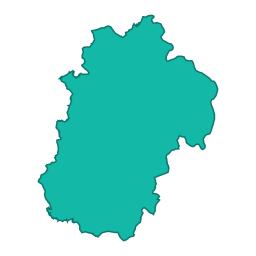 the district of Huautla, Hidalgo, Mexico
{"feature_id": "50627088B43325373154771", "entity_name": "Huautla", "entity_type": "district", "adm_level": 2, "iso_a3": "MEX", "parent_name": "Mexico", "parent_adm1": "Hidalgo", "projection": "orthographic", "projection_center": [-98.258, 21.039], "detail": "fine", "context": "isolated", "style": "filled", "palette": "teal", "viewbox_px": 256, "rotation_deg": 0, "n_neighbors": 0, "source": "geoboundaries", "source_scale": "gbopen_adm2", "svg_char_len": 5668}
<svg xmlns="http://www.w3.org/2000/svg" viewBox="0 0 256 256"><path d="M62.5,221.4L63.8,220.7L64.1,220.1L66.5,220.4L66.7,219.8L67.5,221.7L67.9,220.5L72.8,218.6L73.0,219.5L72.5,219.9L73.1,220.6L73.1,221.2L72.3,221.1L72.2,221.7L73.1,222.5L74.2,222.6L74.8,222.1L77.3,222.2L79.8,225.7L79.8,229.5L81.9,232.6L85.6,231.8L88.4,232.7L92.1,233.4L92.6,234.1L93.3,233.8L94.0,235.2L94.7,235.1L95.3,236.0L95.9,236.3L97.0,236.2L98.0,237.0L98.6,236.0L101.5,233.2L102.8,232.5L106.6,231.5L109.1,231.4L114.3,232.3L116.5,232.5L117.8,232.2L120.0,237.1L121.7,239.0L123.4,240.5L124.0,240.6L126.2,239.8L129.9,236.9L133.7,236.1L134.1,234.7L133.8,234.7L133.5,234.0L133.6,232.3L135.2,229.2L135.3,227.8L135.9,226.0L139.4,222.7L140.3,222.3L141.0,218.3L140.7,217.4L143.0,213.0L142.2,212.5L142.0,211.9L141.8,210.3L141.8,209.5L142.1,209.1L143.5,207.9L144.5,207.7L147.4,209.9L148.3,211.4L150.6,213.0L152.4,213.6L153.5,214.5L153.9,212.8L155.1,211.1L155.2,207.7L155.9,204.5L159.6,200.0L159.2,199.6L157.3,199.3L159.4,196.4L158.2,194.9L157.8,194.9L157.1,194.3L156.0,193.9L152.7,193.4L152.9,191.2L154.0,190.5L154.4,189.5L155.1,188.6L155.4,187.4L154.9,187.0L156.1,184.0L156.1,183.4L155.6,182.3L155.6,181.0L154.5,177.5L167.9,172.4L168.3,171.7L168.5,169.6L168.9,168.0L168.4,166.6L168.1,166.5L168.4,165.7L167.3,164.0L167.3,162.2L166.6,161.8L166.6,160.9L166.9,160.3L166.6,159.5L166.7,158.6L166.1,158.3L166.0,157.8L166.6,155.4L167.0,154.6L168.8,153.8L169.1,153.0L170.2,152.1L171.3,150.5L172.3,150.1L174.1,149.9L175.5,149.0L178.8,148.8L178.4,147.5L178.6,146.8L179.1,146.2L179.1,145.8L178.5,144.9L178.2,143.4L177.4,141.4L176.9,140.8L178.9,137.2L179.0,136.3L179.4,135.8L182.2,136.8L184.7,137.1L186.0,140.0L186.3,142.0L186.7,143.0L190.6,145.9L192.4,146.5L193.7,146.5L196.2,144.3L198.5,144.2L199.3,145.0L201.4,148.8L202.2,149.4L202.9,149.4L204.4,148.3L205.1,147.1L205.0,145.1L203.8,142.8L203.3,138.8L205.1,135.9L206.0,134.9L209.8,133.7L211.3,130.3L212.3,126.5L213.1,124.7L213.9,120.8L214.4,119.9L214.5,114.6L213.0,109.1L211.0,103.9L210.8,102.4L210.9,101.0L211.7,99.6L213.6,98.9L215.9,95.7L217.5,90.5L217.6,88.6L216.5,85.5L215.3,83.0L214.2,81.6L213.6,81.2L212.3,81.3L211.8,81.1L209.8,78.7L208.1,77.3L201.7,72.9L199.4,72.3L195.6,70.3L194.3,67.2L193.4,63.6L192.3,61.1L191.3,60.8L188.6,60.9L186.4,60.3L185.4,59.7L185.0,59.2L184.0,56.9L181.2,56.3L178.0,56.3L176.4,57.3L176.3,57.7L173.8,59.1L171.1,59.8L168.0,61.3L166.9,61.0L166.0,58.7L166.3,56.2L168.9,51.3L169.9,50.3L170.7,50.5L172.0,49.9L172.5,49.3L173.0,48.5L173.0,46.7L172.5,45.5L171.3,44.1L169.0,43.6L162.9,40.3L161.5,38.4L160.9,37.1L161.0,36.3L162.3,35.2L164.5,31.8L163.7,29.0L162.2,26.9L160.9,24.1L160.4,23.8L157.0,22.6L154.1,23.3L153.4,23.2L152.7,22.4L151.6,20.2L151.8,19.4L152.5,18.3L153.6,17.7L153.9,17.0L153.9,16.4L152.7,15.6L151.9,15.4L149.4,15.6L148.3,15.8L145.9,17.2L142.9,16.7L141.2,21.5L140.2,22.9L139.2,22.6L138.9,22.8L139.5,24.4L139.3,24.7L138.6,24.7L138.0,24.0L136.5,24.3L136.6,24.9L137.5,26.4L136.9,26.5L135.5,25.8L134.0,23.8L132.8,26.1L132.8,27.2L132.6,27.8L131.7,29.1L128.8,30.3L128.8,31.2L127.8,31.7L127.1,32.5L126.4,32.3L125.6,32.5L125.7,34.1L126.2,34.9L122.6,37.7L121.2,36.3L120.8,36.5L115.2,33.2L110.6,26.8L108.1,26.0L105.6,27.0L104.1,28.0L101.6,27.8L98.0,29.3L94.8,30.2L91.8,30.7L91.9,31.8L92.9,33.0L93.5,34.6L94.5,39.6L94.4,40.3L93.9,40.8L92.5,43.5L91.4,43.7L91.7,44.2L90.7,46.0L90.1,46.7L88.8,47.2L86.7,47.0L83.8,47.4L82.5,48.5L82.5,48.8L83.3,52.1L82.1,55.7L82.3,58.0L82.6,58.2L83.4,58.2L84.0,58.8L84.9,61.4L84.1,63.5L82.0,65.0L81.8,65.6L85.5,69.4L86.6,69.8L87.4,70.6L88.9,72.9L88.4,73.9L87.0,74.3L82.3,74.3L81.2,73.8L80.9,73.4L80.0,74.1L79.5,74.1L79.2,74.5L78.9,74.9L79.6,75.7L78.1,76.8L78.0,76.3L76.4,77.5L76.0,77.2L75.9,77.8L72.7,75.1L73.3,74.3L72.8,73.9L73.5,73.4L73.0,72.9L73.7,72.4L73.4,72.2L73.8,71.6L72.9,71.4L73.3,71.1L73.0,70.7L72.5,71.2L70.4,72.2L70.2,72.8L69.3,71.9L68.9,72.9L67.4,74.5L64.0,76.2L61.4,76.7L59.6,78.5L61.6,78.3L60.7,79.6L61.8,81.3L65.1,83.0L65.4,83.8L65.8,85.7L66.6,86.4L67.1,87.8L66.9,88.5L67.2,89.0L69.4,89.7L71.2,91.6L72.7,93.9L70.5,97.4L71.4,98.7L70.4,99.0L71.3,100.7L71.1,101.8L70.1,105.0L69.6,105.5L69.2,105.4L68.9,105.7L68.5,105.7L69.2,106.2L69.1,108.0L68.5,108.5L68.3,110.4L67.1,112.5L69.0,118.3L68.3,118.3L68.1,119.6L67.2,119.5L67.1,120.0L66.5,120.0L66.0,121.2L65.7,121.3L65.8,121.6L64.2,121.8L63.0,121.2L62.5,120.7L62.2,120.9L61.7,120.4L60.9,121.2L59.9,120.5L59.4,121.2L58.6,120.8L58.4,121.1L57.9,120.8L57.9,121.1L58.7,121.3L57.0,121.7L56.9,123.6L56.3,126.2L56.8,128.2L56.6,128.2L58.6,130.2L58.5,130.5L58.6,131.1L59.3,131.3L59.4,131.6L59.6,132.1L59.2,132.2L59.0,133.0L59.5,134.0L59.2,134.2L59.3,136.4L60.5,137.6L60.9,139.3L57.0,140.1L56.9,142.0L57.8,144.6L58.4,148.4L58.3,150.7L57.6,152.4L57.9,153.2L57.5,154.3L56.1,155.6L55.5,155.7L55.3,155.3L55.4,157.4L54.8,157.8L56.4,160.8L54.9,162.2L53.9,162.6L52.3,162.3L51.3,162.8L51.1,163.9L46.8,164.9L45.8,165.9L47.2,167.7L47.5,169.0L47.4,169.8L46.8,170.2L46.4,171.2L45.0,173.3L44.3,173.5L43.3,174.3L42.0,174.5L41.1,175.2L40.8,177.3L40.3,178.3L38.9,179.7L38.5,180.6L38.4,181.5L38.9,182.2L42.1,184.3L44.2,189.2L45.2,190.8L45.3,191.3L44.7,193.6L44.7,194.9L45.5,198.2L46.4,199.8L47.5,200.4L47.7,201.6L48.4,202.7L49.0,202.5L50.4,205.6L50.2,206.5L51.3,208.2L51.0,208.4L51.4,209.1L49.2,209.3L49.3,208.0L49.0,207.9L48.0,208.3L48.0,207.9L47.1,208.7L46.8,208.6L46.9,209.3L47.2,209.2L47.5,210.1L47.2,210.9L48.9,212.6L48.7,213.6L49.2,214.0L49.7,213.3L50.1,213.2L49.2,214.5L49.5,215.3L50.3,215.0L50.7,215.4L50.7,215.8L51.6,216.4L51.7,217.3L52.3,218.1L52.9,217.9L53.4,218.8L53.9,218.6L54.3,218.1L55.6,218.6L56.3,218.0L56.9,218.6L57.0,219.4L58.5,220.1L58.2,220.8L59.0,220.3L60.4,220.3L61.5,220.8L61.8,220.7L62.5,221.4Z" fill="#14b8a6" stroke="#0f766e" stroke-width="1.5"/></svg>